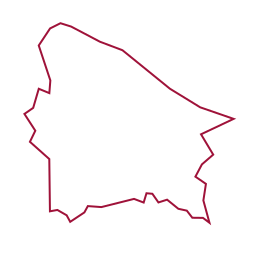 the district of Johnson, Kentucky, United States of America, rotated 5°
{"feature_id": "52423323B17100846991834", "entity_name": "Johnson", "entity_type": "district", "adm_level": 2, "iso_a3": "USA", "parent_name": "United States of America", "parent_adm1": "Kentucky", "projection": "natural_earth1", "projection_center": [-82.813, 37.852], "detail": "fine", "context": "isolated", "style": "outline", "palette": "rose", "viewbox_px": 256, "rotation_deg": 5, "n_neighbors": 0, "source": "geoboundaries", "source_scale": "gbopen_adm2", "svg_char_len": 640}
<svg xmlns="http://www.w3.org/2000/svg" viewBox="0 0 256 256"><g transform="rotate(5 128 128)"><path d="M232.4,109.7L198.1,101.1L166.3,85.2L115.7,51.0L92.5,44.5L62.5,31.9L51.6,29.5L41.7,35.6L31.9,53.6L46.5,87.4L46.6,100.1L35.7,96.7L31.8,116.2L23.6,123.0L35.9,138.8L31.5,150.3L52.3,165.8L57.5,217.8L64.8,215.8L74.5,220.3L78.6,226.5L91.9,215.9L94.8,209.3L108.4,209.1L140.2,198.1L150.1,200.9L152.1,191.4L158.0,191.4L164.8,199.5L173.2,196.0L185.2,204.1L193.8,205.2L199.9,211.8L210.5,211.0L217.4,215.3L209.4,193.6L210.5,176.9L199.4,170.6L204.8,157.8L215.2,147.1L201.3,127.9L232.4,109.7Z" fill="none" stroke="#9f1239" stroke-width="2"/></g></svg>